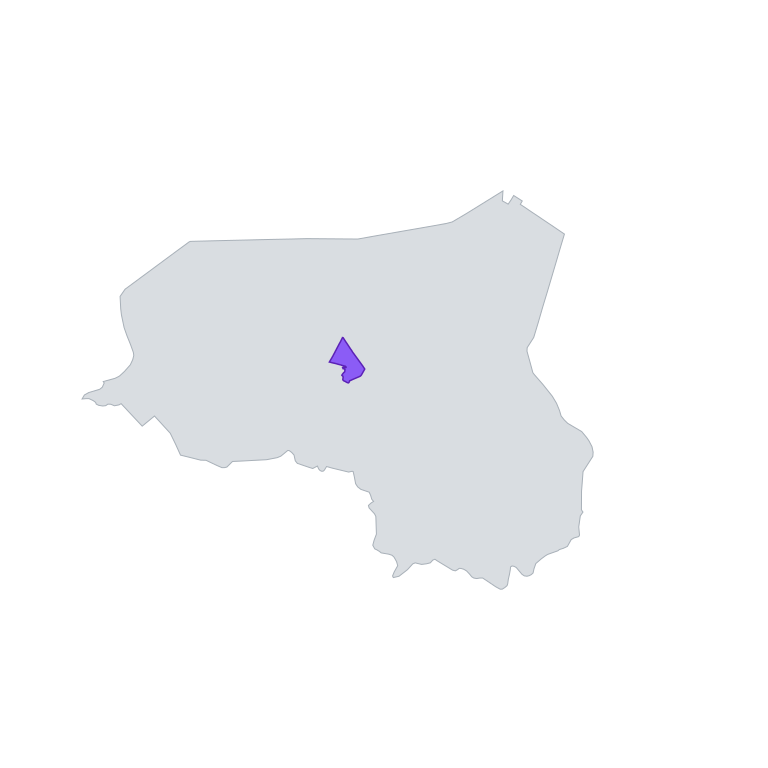 location of Kerbela, Karbala', Iraq, rotated 138°
{"feature_id": "34846034B5988963618925", "entity_name": "Kerbela", "entity_type": "district", "adm_level": 2, "iso_a3": "IRQ", "parent_name": "Iraq", "parent_adm1": "Karbala'", "projection": "natural_earth1", "projection_center": [44.024, 32.498], "detail": "fine", "context": "in_parent", "style": "filled", "palette": "violet", "viewbox_px": 768, "rotation_deg": 138, "n_neighbors": 0, "source": "geoboundaries", "source_scale": "gbopen_adm2", "svg_char_len": 4625}
<svg xmlns="http://www.w3.org/2000/svg" viewBox="0 0 768 768"><g transform="rotate(138 384 384)"><path d="M321.8,155.7L326.4,154.6L334.9,147.5L339.8,140.9L341.4,140.3L345.9,142.5L349.0,143.1L356.4,140.6L360.7,141.9L364.4,143.6L366.4,143.7L376.3,147.8L378.7,148.3L383.8,148.8L391.3,149.0L396.2,146.3L399.7,143.8L402.1,143.8L404.4,144.4L406.4,145.5L408.1,147.5L408.8,150.2L408.5,159.1L409.3,161.4L410.6,163.1L412.3,163.4L414.4,161.5L418.0,158.7L422.4,155.6L425.7,152.8L427.5,151.8L430.5,151.9L433.4,152.4L435.0,153.8L435.1,154.2L436.6,158.4L440.5,173.8L442.8,175.8L445.3,177.4L447.1,179.7L447.8,182.0L447.6,185.6L447.7,189.8L448.7,193.0L450.2,195.4L451.5,196.7L453.5,196.8L456.0,197.4L457.6,199.8L462.9,217.4L463.4,219.7L465.6,220.5L469.2,220.1L472.8,222.0L476.8,224.8L480.5,230.2L483.0,231.1L490.8,230.3L501.5,231.1L506.6,233.9L506.1,235.6L502.2,237.5L495.4,239.8L493.5,243.6L492.4,248.5L492.6,251.3L494.3,254.3L499.1,260.4L499.4,262.6L500.3,265.6L501.2,267.7L500.2,271.7L495.9,274.5L490.1,277.5L478.7,291.0L477.9,293.9L478.0,301.9L476.8,304.2L473.2,304.2L470.3,303.7L470.2,306.5L468.4,310.3L467.4,313.5L471.7,321.2L472.4,325.2L471.8,328.9L467.9,335.3L465.5,339.6L466.1,340.5L469.2,342.2L478.8,356.2L481.9,361.1L485.9,359.9L487.4,359.9L488.6,360.7L489.4,362.4L489.4,364.5L488.4,367.6L493.5,368.9L495.4,372.1L501.5,383.0L501.3,386.3L498.4,391.4L498.4,394.9L499.0,397.9L500.0,399.0L508.9,399.4L512.6,400.7L521.9,406.3L532.4,414.8L541.1,421.8L548.4,427.8L556.3,427.4L558.4,428.5L560.4,430.3L562.7,435.3L567.3,446.4L571.2,450.1L577.1,458.9L582.8,467.3L579.2,478.6L575.8,490.4L575.9,505.6L576.0,513.8L583.5,514.1L591.9,514.5L592.1,524.3L592.3,534.1L592.5,545.3L594.9,545.8L598.9,548.2L600.6,551.8L602.7,553.8L605.3,554.1L607.8,555.9L610.3,559.1L611.3,561.6L610.6,563.3L611.2,566.2L613.0,570.5L615.1,572.4L618.4,574.9L614.0,576.3L609.1,575.2L598.8,570.3L595.5,570.1L591.2,572.0L591.0,573.7L580.1,568.2L576.2,567.1L574.8,566.9L568.5,567.0L559.7,568.0L554.5,570.2L550.9,572.6L549.3,574.9L548.7,576.2L545.9,583.1L542.7,591.9L539.4,599.8L532.9,611.0L529.3,616.1L521.5,625.7L513.0,627.7L493.3,625.8L471.5,623.7L449.8,621.6L433.7,620.0L432.4,619.5L416.4,605.8L403.8,595.0L388.1,581.5L372.0,567.7L355.8,553.7L344.0,543.6L329.7,530.5L316.7,518.6L306.4,509.2L293.2,501.0L283.0,494.6L268.0,485.2L256.1,477.7L245.9,471.3L230.1,461.5L224.9,458.8L208.6,455.5L193.1,452.7L177.0,449.8L166.4,447.9L173.5,440.9L171.4,434.6L166.3,435.8L161.5,437.3L158.8,427.5L162.5,426.3L159.3,413.5L156.0,400.4L152.8,387.7L149.6,374.7L163.2,366.4L173.4,360.1L187.6,351.4L201.3,343.0L214.4,335.1L228.7,326.2L241.6,318.4L253.3,315.2L255.8,312.7L261.2,301.9L265.8,292.8L266.0,290.6L266.2,277.6L267.1,262.3L268.7,254.2L271.3,246.9L273.8,241.7L274.1,236.8L273.8,231.8L271.4,224.2L268.9,216.3L269.2,208.7L269.7,204.7L271.4,198.2L274.2,193.4L277.2,190.5L288.2,187.5L294.7,185.7L303.5,177.3L308.8,172.3L316.0,164.4L321.4,158.5L321.8,156.5L321.8,155.7Z" fill="#d9dde1" stroke="#a8b0b8" stroke-width="1"/><path d="M383.4,445.8L383.8,446.3L384.2,446.0L385.0,445.8L387.0,445.0L388.5,444.4L390.1,443.9L392.2,443.1L394.4,442.3L396.0,441.7L397.3,441.2L398.3,440.9L399.1,440.5L399.7,440.3L402.0,439.5L403.2,439.0L403.5,438.9L404.0,438.8L405.0,438.4L408.0,437.5L409.9,436.9L409.1,435.7L408.4,434.6L407.7,433.6L406.2,431.5L404.9,429.4L403.1,426.7L403.0,426.3L402.5,425.6L402.0,424.9L401.8,424.5L401.6,424.2L401.2,423.6L400.9,423.2L400.8,422.7L400.8,422.1L401.1,421.7L401.5,421.8L401.9,422.0L402.1,422.5L402.5,423.0L402.9,423.5L403.4,423.9L403.7,424.0L403.9,423.4L404.2,422.8L403.8,422.4L403.6,422.1L403.5,421.6L403.3,420.9L403.7,420.5L404.1,420.2L404.5,419.8L404.8,419.6L405.3,419.3L405.9,419.4L406.4,419.4L407.0,419.3L407.6,419.2L408.2,419.1L408.7,419.0L409.5,418.7L409.5,418.1L409.4,417.6L409.4,417.4L409.3,417.2L409.5,417.0L409.8,416.6L410.0,416.2L410.5,415.8L410.9,415.5L411.3,415.2L411.6,414.9L411.8,414.7L411.8,414.3L411.8,413.8L411.8,413.4L411.4,412.4L411.1,411.9L410.8,410.7L410.4,409.7L409.8,408.7L409.5,408.6L409.3,408.6L409.0,408.7L408.6,408.7L408.2,408.9L407.7,409.2L407.4,409.4L407.1,409.3L406.7,409.1L405.5,408.7L404.7,408.5L404.5,408.4L403.8,408.2L401.8,407.5L400.6,407.1L400.0,406.9L398.0,406.2L397.1,405.9L396.3,405.7L395.8,405.7L395.4,405.7L394.5,405.9L393.0,406.4L392.1,406.7L390.9,407.1L390.0,407.4L389.4,407.6L388.8,407.8L388.3,408.0L388.1,409.1L388.0,410.2L387.8,411.1L386.4,424.5L386.4,425.0L386.2,425.8L386.2,426.6L386.1,427.6L386.0,428.7L385.8,429.7L385.6,430.5L385.5,431.6L385.4,432.7L385.2,433.8L385.0,435.1L384.8,436.5L384.6,437.7L384.4,439.1L384.2,440.7L383.9,442.6L383.6,444.4L383.4,445.8Z" fill="#8b5cf6" stroke="#5b21b6" stroke-width="1.5"/></g></svg>